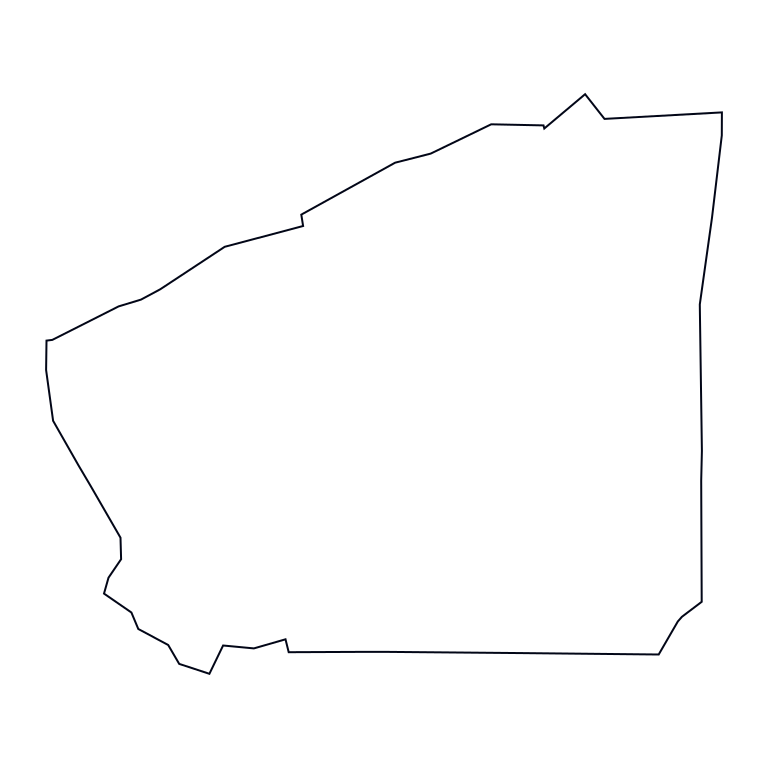 outline of Barrigada, Guam
{"feature_id": "77769853B91363375193449", "entity_name": "Barrigada", "entity_type": "district", "adm_level": 2, "iso_a3": "GUM", "parent_name": "Guam", "parent_adm1": "", "projection": "orthographic", "projection_center": [144.805, 13.478], "detail": "fine", "context": "isolated", "style": "outline", "palette": "ink", "viewbox_px": 768, "rotation_deg": 0, "n_neighbors": 0, "source": "geoboundaries", "source_scale": "gbopen_adm2", "svg_char_len": 683}
<svg xmlns="http://www.w3.org/2000/svg" viewBox="0 0 768 768"><path d="M46.5,340.6L46.1,370.0L53.1,420.8L78.5,465.4L90.6,485.9L120.5,537.7L121.1,559.2L108.5,577.7L104.0,593.6L131.4,612.5L138.3,629.0L168.2,645.0L179.2,663.9L209.4,673.8L223.1,645.5L253.9,648.4L285.5,639.3L288.7,652.2L355.5,651.9L389.4,651.9L523.1,653.1L658.7,654.5L677.8,621.5L681.9,616.8L701.7,601.8L701.2,480.5L701.9,450.9L699.9,311.9L699.8,304.4L712.0,217.7L721.8,135.4L721.9,112.4L604.5,118.9L585.1,94.2L544.3,128.5L543.5,125.4L491.2,124.3L430.7,153.6L395.1,162.7L301.3,214.6L303.1,226.0L224.7,246.8L160.2,289.3L141.0,299.6L118.6,306.4L52.3,339.9L46.5,340.6Z" fill="none" stroke="#020617" stroke-width="2"/></svg>